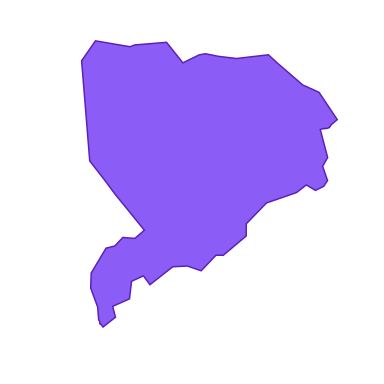 McDowell, North Carolina, United States of America (Robinson projection), rotated 190°
{"feature_id": "52423323B54593628096375", "entity_name": "McDowell", "entity_type": "district", "adm_level": 2, "iso_a3": "USA", "parent_name": "United States of America", "parent_adm1": "North Carolina", "projection": "robinson", "projection_center": [-82.082, 35.739], "detail": "fine", "context": "isolated", "style": "filled", "palette": "violet", "viewbox_px": 384, "rotation_deg": 190, "n_neighbors": 0, "source": "geoboundaries", "source_scale": "gbopen_adm2", "svg_char_len": 1052}
<svg xmlns="http://www.w3.org/2000/svg" viewBox="0 0 384 384"><g transform="rotate(190 192 192)"><path d="M235.0,75.9L236.0,93.6L225.3,101.0L217.3,93.4L198.0,115.0L183.7,118.3L169.3,116.0L157.4,133.9L150.2,135.1L131.0,158.1L133.0,170.2L132.9,170.3L132.7,170.6L116.7,194.2L89.0,209.6L80.6,218.8L70.7,215.0L63.3,220.5L60.7,226.4L60.5,226.8L67.8,240.0L64.4,249.5L76.5,275.8L74.3,277.0L73.4,277.5L72.9,277.2L72.1,277.4L71.4,277.9L70.8,277.9L69.4,278.4L68.9,278.9L67.9,279.3L67.8,280.0L66.9,281.3L66.9,282.1L61.5,288.5L84.2,312.2L101.7,316.7L130.3,333.8L140.6,340.4L171.3,331.2L189.5,330.2L202.7,330.5L208.8,328.3L223.4,317.6L243.1,335.0L273.9,326.9L278.3,324.3L293.9,324.2L313.3,324.1L323.5,302.1L298.1,204.8L279.3,187.8L267.3,176.4L250.5,161.9L232.3,146.1L240.2,136.4L252.2,135.2L258.7,125.4L266.9,121.8L277.2,94.7L275.1,79.8L264.9,62.3L262.0,51.0L261.7,50.8L261.8,50.0L261.7,49.7L260.4,48.6L260.3,48.3L260.1,47.0L259.8,46.2L259.5,46.0L258.9,46.1L256.2,43.6L245.6,55.4L250.3,65.6L235.0,75.9Z" fill="#8b5cf6" stroke="#5b21b6" stroke-width="1.5"/></g></svg>